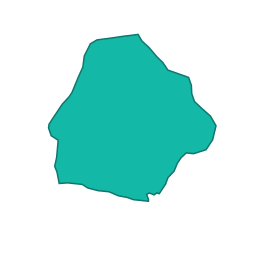 Pyoksong, Hwanghae-namdo, North Korea, rotated 33°
{"feature_id": "82179303B11091889229707", "entity_name": "Pyoksong", "entity_type": "district", "adm_level": 2, "iso_a3": "PRK", "parent_name": "North Korea", "parent_adm1": "Hwanghae-namdo", "projection": "natural_earth1", "projection_center": [125.467, 38.097], "detail": "fine", "context": "isolated", "style": "filled", "palette": "teal", "viewbox_px": 256, "rotation_deg": 33, "n_neighbors": 0, "source": "geoboundaries", "source_scale": "gbopen_adm2", "svg_char_len": 918}
<svg xmlns="http://www.w3.org/2000/svg" viewBox="0 0 256 256"><g transform="rotate(33 128 128)"><path d="M205.3,103.7L205.4,91.8L200.6,78.2L190.7,73.1L179.2,71.4L169.3,69.6L162.8,64.5L157.9,57.7L151.3,52.6L129.9,57.7L121.7,54.2L113.4,52.5L101.9,49.1L92.1,47.4L85.5,44.0L77.4,50.9L75.5,52.4L63.9,62.6L54.0,71.0L50.6,77.8L52.1,91.4L57.0,101.6L58.5,111.8L60.1,120.3L61.7,128.8L61.6,133.9L59.9,144.0L59.8,154.2L59.7,159.3L59.7,167.8L61.3,171.2L67.8,176.3L76.1,176.3L84.2,191.6L87.4,200.1L92.3,203.5L95.6,206.9L100.5,212.0L107.1,207.0L120.4,200.2L127.0,200.2L136.9,196.9L146.9,191.8L156.8,190.1L165.1,186.7L171.7,185.1L178.3,181.7L185.0,178.3L184.5,177.3L184.2,176.9L179.8,173.5L181.3,170.8L186.3,169.9L187.5,166.7L189.5,166.3L190.0,166.0L190.0,164.7L190.0,157.9L190.1,154.6L188.5,147.8L190.2,139.3L188.6,130.8L188.7,124.0L190.4,117.2L197.0,113.8L205.3,103.7Z" fill="#14b8a6" stroke="#0f766e" stroke-width="1.5"/></g></svg>